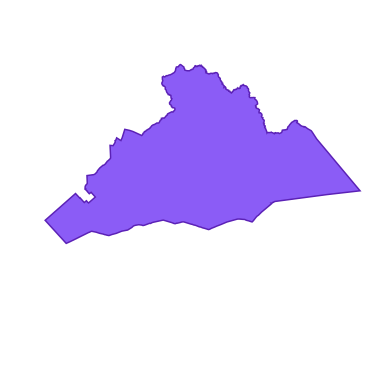 the district of Rubavu, Western, Rwanda, rotated 230°
{"feature_id": "39286606B86206624572237", "entity_name": "Rubavu", "entity_type": "district", "adm_level": 2, "iso_a3": "RWA", "parent_name": "Rwanda", "parent_adm1": "Western", "projection": "robinson", "projection_center": [29.369, -1.641], "detail": "fine", "context": "isolated", "style": "filled", "palette": "violet", "viewbox_px": 384, "rotation_deg": 230, "n_neighbors": 0, "source": "geoboundaries", "source_scale": "gbopen_adm2", "svg_char_len": 6109}
<svg xmlns="http://www.w3.org/2000/svg" viewBox="0 0 384 384"><g transform="rotate(230 192 192)"><path d="M284.1,279.4L284.3,279.1L284.3,278.5L284.8,277.8L284.6,277.5L284.7,276.9L285.0,276.8L285.0,276.5L285.3,276.5L285.6,276.3L285.5,276.1L285.3,276.1L285.5,275.8L286.5,275.8L286.6,275.5L286.7,275.2L286.1,274.4L286.1,272.8L285.5,271.9L285.8,271.3L285.8,270.8L286.1,270.6L286.0,270.1L286.4,269.5L286.4,268.2L287.2,267.1L288.2,266.1L289.8,264.9L290.1,264.9L291.1,265.5L292.1,265.5L292.8,266.1L296.6,265.3L297.2,264.9L297.2,263.9L296.8,261.8L297.2,261.4L297.8,260.4L296.9,258.8L295.6,257.3L295.0,255.6L295.0,254.0L295.3,253.6L295.3,252.7L295.8,250.5L296.3,249.9L296.9,247.9L297.7,247.0L297.5,245.9L298.0,244.7L299.0,244.5L299.1,243.1L298.0,242.3L297.3,241.7L296.2,241.3L295.2,239.8L295.0,239.1L294.6,238.7L293.8,238.3L293.6,238.4L292.8,238.1L291.8,238.6L291.6,238.3L291.4,238.5L290.8,238.6L290.0,238.9L289.0,238.7L288.3,237.8L287.9,237.6L286.6,237.7L285.3,237.0L284.1,236.7L283.0,236.8L282.0,236.4L281.5,237.0L281.2,236.9L280.9,237.3L280.5,237.2L280.1,237.7L279.6,237.9L277.4,236.3L276.5,236.6L275.6,235.1L275.6,234.3L275.1,233.3L275.1,232.7L275.0,232.4L274.7,232.0L273.7,231.4L273.2,231.6L272.9,231.5L272.4,231.8L271.4,231.6L270.9,231.6L270.6,231.1L269.9,231.3L269.2,231.2L268.3,232.1L267.3,232.7L266.4,232.2L266.0,231.7L265.7,230.8L265.8,229.5L265.5,228.8L266.5,227.9L267.5,223.8L267.4,223.2L266.9,222.6L267.0,222.4L267.0,221.5L266.4,218.4L266.8,218.1L267.0,217.5L267.6,217.0L268.1,215.9L267.2,215.5L267.3,213.7L266.6,212.3L266.3,211.0L266.0,210.4L266.1,210.5L266.6,210.2L267.4,209.6L267.9,206.4L268.3,205.8L268.5,204.9L268.6,203.6L268.2,202.3L268.3,201.5L267.9,200.8L268.0,199.5L268.3,199.0L268.2,198.4L268.6,196.7L268.3,195.3L268.7,194.9L268.8,194.2L268.3,193.2L268.4,192.1L267.8,191.4L267.6,189.8L276.4,185.6L279.3,183.8L283.2,180.8L278.4,173.3L277.1,170.6L281.9,169.1L280.8,167.2L280.8,166.0L279.7,165.4L279.2,164.3L278.2,161.4L280.4,159.2L271.6,152.5L270.3,151.4L270.1,150.6L269.9,148.1L270.0,146.7L269.6,145.6L269.5,144.5L269.2,144.1L269.2,143.7L269.3,141.4L269.7,141.0L269.7,136.9L269.3,134.6L268.9,132.9L268.3,131.8L268.3,130.7L268.1,129.7L268.4,128.0L272.1,122.1L265.9,117.3L265.6,116.1L265.5,114.8L264.8,113.6L263.1,112.0L262.7,112.5L262.4,112.0L259.9,112.3L259.8,112.1L256.7,112.2L256.6,114.5L250.3,114.7L250.1,105.8L251.2,105.5L253.2,105.5L253.2,102.7L259.5,102.5L259.5,102.1L265.7,101.8L264.7,61.3L233.5,62.6L232.4,66.4L227.4,86.9L227.1,87.5L226.7,89.3L226.4,89.9L222.9,92.7L219.7,94.7L217.0,96.8L215.0,98.0L214.8,98.4L213.7,99.0L212.0,100.4L210.8,103.6L209.0,107.4L207.1,113.1L204.2,118.3L203.5,123.1L203.6,125.4L202.9,127.2L201.1,130.3L199.9,131.3L199.6,131.8L197.8,132.9L197.0,134.5L195.3,139.3L194.5,140.1L194.3,141.4L193.9,142.5L189.0,151.9L181.6,156.8L179.2,158.1L178.3,159.1L178.0,160.2L177.5,160.8L176.0,163.8L175.6,164.9L174.5,166.4L168.0,170.6L166.8,171.6L166.1,171.8L164.0,173.4L160.6,175.2L159.6,176.1L157.7,177.1L155.9,178.4L152.6,180.5L152.1,181.5L151.7,183.5L150.6,186.8L150.1,188.6L148.5,193.2L146.6,199.4L142.1,209.3L140.8,211.0L140.2,211.4L140.0,211.9L139.1,212.6L137.1,214.7L136.6,215.0L136.1,215.1L134.9,215.8L133.6,216.8L130.8,218.5L130.4,218.9L130.6,220.7L131.5,224.9L131.7,226.7L131.5,227.8L131.9,232.3L131.9,245.5L132.4,245.5L132.2,245.7L132.0,247.7L131.7,247.8L131.6,249.2L103.1,294.0L84.9,321.5L152.5,321.6L160.6,322.6L162.3,322.7L166.4,321.2L169.1,320.6L169.5,319.9L169.7,320.2L171.4,318.7L172.6,318.2L172.8,318.0L173.8,318.0L174.2,317.7L175.0,317.8L176.3,317.3L176.7,317.4L177.8,316.8L178.5,318.3L179.1,318.4L179.6,318.1L180.4,317.0L180.7,316.8L180.9,316.2L180.8,315.3L181.0,314.8L181.0,314.2L181.3,312.9L181.1,312.4L180.7,309.9L180.3,308.7L180.3,307.5L178.8,305.1L179.3,304.4L179.3,304.0L179.8,303.3L179.8,303.0L180.4,302.5L180.6,301.9L180.9,301.7L181.3,300.9L180.2,299.5L180.1,298.2L180.7,296.4L182.0,296.0L182.6,294.8L183.8,294.1L184.0,293.4L183.6,293.2L183.7,292.5L185.5,291.9L186.2,291.3L186.9,291.2L187.2,290.2L188.5,288.6L189.4,288.0L189.2,287.5L191.3,288.5L193.2,289.0L193.7,289.4L194.3,289.1L194.8,289.2L195.2,289.5L195.2,290.2L195.6,290.5L196.5,290.2L197.1,290.3L197.4,290.4L197.7,291.2L198.9,291.1L199.0,291.8L200.4,293.3L201.2,293.4L202.4,293.2L202.9,293.3L203.2,293.6L203.5,294.1L204.3,293.6L205.0,293.7L205.4,294.0L205.8,295.0L206.8,295.5L208.6,295.4L209.5,294.3L210.4,294.8L210.7,295.5L211.6,296.5L212.3,296.4L212.7,296.1L213.5,296.2L214.3,295.4L215.0,295.2L215.9,295.4L215.9,295.9L216.4,295.9L216.4,295.7L217.1,296.0L217.3,296.1L217.3,298.9L219.0,299.9L220.8,300.3L222.5,299.9L223.7,300.4L223.9,300.8L225.0,299.7L225.6,298.8L226.5,297.8L226.8,297.2L227.9,297.0L228.4,297.3L229.0,298.2L229.8,298.3L230.8,300.0L231.3,299.9L233.2,300.3L234.3,301.3L235.0,301.6L236.2,301.3L236.7,301.8L237.5,301.8L238.5,301.6L239.8,300.5L241.2,300.3L240.9,299.7L241.5,299.4L241.5,298.4L242.0,298.1L241.9,297.2L241.4,297.1L241.4,296.1L240.6,295.6L241.0,294.5L241.5,294.3L241.7,294.0L242.3,294.0L242.2,293.7L242.4,293.3L242.0,292.1L242.8,291.2L242.6,290.8L242.7,290.3L243.4,289.9L243.4,289.4L242.9,288.6L242.9,287.4L242.6,287.2L242.5,285.8L242.7,285.7L243.1,285.9L243.8,285.5L244.5,285.4L244.7,285.7L245.5,285.0L245.7,285.3L246.1,285.5L246.5,285.1L247.2,285.1L247.5,284.5L248.4,284.5L248.9,284.1L249.4,284.4L249.8,284.3L250.1,284.9L251.0,285.1L251.6,284.9L251.7,284.0L251.9,284.3L251.9,284.5L252.4,284.5L252.9,284.9L253.4,284.7L254.6,284.8L255.3,284.5L255.6,285.4L256.3,285.1L257.1,285.6L257.7,285.4L258.6,285.7L258.8,285.5L260.4,286.1L260.7,286.5L261.1,286.4L261.7,286.7L262.7,286.3L263.9,286.6L264.4,286.9L264.8,287.5L266.7,287.9L267.5,287.6L268.5,286.6L268.5,285.6L268.9,285.5L269.2,284.8L269.4,284.5L269.3,284.0L269.8,283.8L270.8,282.8L271.2,281.9L271.1,281.6L271.6,280.8L272.6,280.3L272.9,280.0L273.7,279.9L274.0,279.5L274.4,279.3L274.5,279.7L274.9,279.8L274.9,280.2L275.2,280.1L275.3,280.4L275.7,280.2L276.2,280.9L276.7,280.7L277.0,281.1L277.6,280.9L278.4,281.1L279.7,280.7L280.1,280.9L280.8,280.3L281.2,280.3L281.4,280.3L281.4,280.5L281.6,280.7L282.5,280.3L283.1,280.4L282.9,279.7L283.6,279.2L284.1,279.4Z" fill="#8b5cf6" stroke="#5b21b6" stroke-width="1.5"/></g></svg>